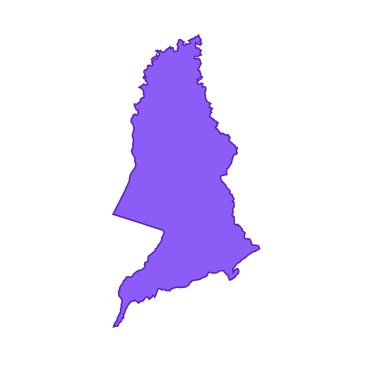 the district of Sengés, Paraná, Brazil, rotated 17°
{"feature_id": "56859067B25271231685187", "entity_name": "Sengés", "entity_type": "district", "adm_level": 2, "iso_a3": "BRA", "parent_name": "Brazil", "parent_adm1": "Paraná", "projection": "robinson", "projection_center": [-49.46, -24.265], "detail": "fine", "context": "isolated", "style": "filled", "palette": "violet", "viewbox_px": 384, "rotation_deg": 17, "n_neighbors": 0, "source": "geoboundaries", "source_scale": "gbopen_adm2", "svg_char_len": 5964}
<svg xmlns="http://www.w3.org/2000/svg" viewBox="0 0 384 384"><g transform="rotate(17 192 192)"><path d="M253.8,252.8L255.2,249.6L255.6,248.0L258.8,244.1L259.4,242.2L261.7,239.9L262.7,238.2L264.8,234.9L266.0,233.8L267.5,231.6L268.9,230.6L270.1,230.1L271.0,228.5L272.0,227.9L273.2,226.4L271.6,224.3L270.1,223.9L269.0,224.3L265.7,224.9L264.5,224.7L262.7,221.8L262.0,220.8L260.0,220.1L258.4,220.9L256.6,220.9L255.1,220.0L254.9,218.7L254.7,215.6L253.5,215.0L251.8,214.5L250.6,212.6L248.7,211.5L247.6,210.5L246.3,210.7L245.6,209.6L244.2,210.0L243.4,211.0L242.3,210.4L241.2,208.6L240.6,206.5L239.8,205.6L240.0,204.1L239.0,203.0L237.6,203.0L236.9,201.7L237.4,200.3L236.9,198.4L235.7,196.4L236.4,194.6L236.6,193.3L235.6,191.5L235.1,189.4L233.4,189.4L233.9,187.8L234.2,186.3L232.8,185.0L231.7,184.1L231.3,182.9L229.9,182.8L228.7,182.7L228.5,180.8L227.7,179.5L225.0,178.3L224.0,177.5L223.0,176.7L222.2,175.6L219.0,173.7L217.1,172.7L216.1,171.7L215.1,169.9L214.9,168.1L216.3,167.2L220.3,165.1L219.4,163.3L218.8,161.7L218.7,160.0L219.8,158.2L221.2,152.6L221.0,150.2L221.0,147.7L221.0,144.9L221.7,143.6L223.3,142.9L223.8,141.5L222.3,139.6L222.5,137.5L222.1,136.2L220.7,136.9L220.0,135.6L218.3,134.5L217.1,134.2L216.2,133.7L214.9,133.4L212.7,132.0L211.7,130.0L212.6,128.9L211.3,128.0L209.9,126.7L207.3,127.8L204.6,126.8L203.2,127.2L202.7,128.4L201.4,126.9L198.5,125.1L197.4,124.2L195.3,123.5L196.8,121.2L195.7,119.4L196.8,118.5L194.6,117.3L192.7,117.4L191.6,116.1L190.5,116.3L188.9,115.2L187.3,115.0L186.7,114.0L186.8,111.5L187.5,110.2L186.1,109.4L186.5,108.1L187.1,106.2L185.5,105.9L183.9,105.9L183.5,103.9L184.0,101.8L181.8,101.6L179.5,100.7L178.4,99.4L176.9,97.3L176.5,95.4L175.3,93.5L175.3,92.1L175.4,90.4L174.8,88.4L173.7,87.7L172.2,87.7L171.0,88.4L170.4,86.9L170.7,85.3L169.0,85.1L168.1,86.7L166.8,86.8L165.7,86.6L164.8,84.9L166.0,83.4L164.1,82.8L165.3,81.8L167.2,81.6L168.1,80.3L168.1,78.9L166.2,78.8L166.1,76.6L164.8,75.6L163.9,73.7L162.1,73.8L162.4,71.0L162.6,69.0L163.1,66.3L161.8,64.6L160.8,63.1L159.4,62.3L158.1,62.4L157.0,64.0L154.9,63.4L155.5,62.0L156.0,60.9L157.3,60.8L158.7,59.8L160.8,58.1L159.4,57.4L159.0,56.3L159.5,53.8L157.4,53.6L156.2,52.4L153.4,53.1L152.4,50.0L152.0,48.3L153.8,48.7L156.1,49.2L157.3,48.8L157.7,46.8L155.5,45.8L156.4,44.1L154.4,42.5L153.2,41.2L152.4,40.1L151.1,42.3L149.6,42.8L149.4,44.9L147.4,45.0L146.7,46.2L144.4,48.3L145.8,48.9L146.7,49.9L145.9,51.6L144.1,51.8L142.6,52.3L142.5,54.0L140.2,53.9L140.5,52.1L140.4,50.6L139.2,50.9L138.0,50.1L136.2,49.6L134.7,50.7L135.3,52.2L134.6,54.4L134.9,55.7L136.5,57.2L136.0,58.9L137.2,60.4L136.1,61.9L133.8,62.8L132.3,61.2L131.8,59.7L130.7,59.7L129.5,61.1L128.8,59.5L127.6,61.1L126.0,63.1L125.0,65.3L124.4,66.5L123.4,66.9L121.7,66.6L120.5,65.8L119.0,67.1L117.3,66.6L116.2,67.7L117.6,68.0L119.2,68.9L120.6,69.6L120.7,70.8L119.3,72.8L120.0,74.1L119.7,75.3L118.2,75.8L117.4,74.6L116.3,74.0L115.0,75.4L114.6,77.6L116.9,78.4L115.5,79.8L117.3,81.3L116.7,83.1L114.3,83.2L112.6,84.1L113.1,85.5L113.3,87.7L111.5,88.9L110.8,90.0L111.0,91.4L112.5,93.6L114.4,95.3L112.9,95.5L111.8,96.1L112.5,97.4L114.1,97.1L115.0,99.3L116.9,100.1L117.8,101.1L117.6,102.5L116.5,103.4L114.3,102.8L113.2,104.6L110.8,107.4L111.9,107.6L113.3,107.4L114.7,108.6L115.6,109.2L116.5,110.1L116.8,112.3L118.3,114.1L117.9,116.2L116.6,116.6L115.6,118.1L115.8,119.7L116.1,121.4L114.7,122.3L113.5,124.4L111.3,124.7L111.6,126.4L112.8,127.2L113.7,128.7L114.7,129.6L116.3,129.6L117.6,133.1L116.8,134.7L115.0,134.1L113.1,135.8L113.5,137.3L113.0,138.6L112.6,140.1L112.9,141.7L113.7,143.3L114.9,143.8L116.0,144.6L116.6,145.9L118.0,148.1L118.2,151.3L118.5,152.8L118.2,154.8L119.3,157.3L120.4,157.9L120.9,160.0L121.5,162.1L121.2,163.3L122.0,165.0L122.7,167.5L122.1,169.0L122.0,170.2L123.2,171.9L124.0,172.8L124.9,173.9L126.5,175.1L127.4,176.1L128.4,179.4L129.5,180.9L130.7,183.3L129.8,187.4L129.0,189.1L128.6,190.8L128.1,192.9L128.1,195.9L128.5,197.7L128.8,200.2L127.3,211.8L123.0,236.4L146.3,236.6L147.4,236.6L175.6,237.1L176.7,238.4L177.4,240.3L176.8,242.7L176.5,245.0L176.9,246.5L177.0,247.8L176.5,249.7L176.0,251.2L175.2,252.7L175.2,254.1L174.9,255.6L173.7,257.0L173.9,259.0L173.3,260.2L172.5,261.2L171.8,262.3L170.6,264.3L169.1,266.1L169.5,268.8L170.1,270.8L169.5,272.2L167.9,272.7L167.6,275.1L168.7,275.9L168.7,277.9L167.8,279.4L166.7,280.9L165.5,282.0L164.4,282.4L162.8,283.7L161.7,285.3L160.7,286.7L160.0,288.2L159.6,290.1L157.8,291.5L156.3,291.7L154.6,292.2L153.9,293.9L153.7,295.3L152.6,296.5L152.6,298.5L152.3,300.2L151.6,301.3L151.1,303.6L150.9,305.5L151.5,307.1L150.8,308.1L151.3,310.1L152.5,312.6L154.1,313.7L156.0,314.9L157.4,317.3L157.2,319.5L157.6,321.8L158.4,323.1L157.9,324.7L158.7,326.7L158.5,328.3L158.3,330.5L157.5,333.7L157.8,335.4L157.6,337.0L156.7,339.4L156.5,340.9L156.3,342.4L156.4,343.9L158.0,342.6L159.6,342.3L160.4,341.1L160.5,339.7L160.7,337.8L161.8,337.2L162.2,335.4L162.2,333.6L163.4,332.6L163.1,331.1L162.3,329.5L163.0,327.7L162.8,325.1L163.8,319.6L164.4,317.5L165.3,315.7L165.8,314.4L167.7,313.7L168.8,312.1L170.4,312.8L171.7,312.9L173.3,313.9L174.5,312.0L175.9,311.1L177.2,310.2L178.1,307.2L178.8,306.0L181.0,305.5L182.1,307.1L183.1,306.3L184.5,304.0L184.7,302.4L186.1,302.6L187.0,303.5L187.6,301.0L187.5,298.5L187.8,295.8L188.0,294.4L190.1,293.7L191.4,294.5L194.3,293.1L195.4,293.9L197.4,293.4L199.8,292.9L199.9,291.5L201.2,290.6L202.8,288.8L204.4,288.3L205.5,287.4L206.7,287.0L208.3,287.0L211.0,285.5L212.2,285.5L213.0,284.7L214.1,284.4L215.2,282.8L216.1,282.0L216.7,279.6L218.3,276.6L221.4,275.0L223.1,274.4L225.3,273.0L226.3,271.8L230.4,268.3L231.0,267.2L230.9,265.6L231.5,264.0L232.9,263.5L234.7,263.5L236.2,263.3L237.9,262.7L239.0,262.1L240.7,260.5L241.7,259.2L243.6,258.5L245.2,258.1L246.2,259.0L250.1,261.2L251.1,261.8L251.7,262.8L252.7,264.1L253.6,265.2L255.2,264.4L256.2,262.9L258.3,260.4L258.4,259.1L259.6,257.2L260.1,255.2L259.5,253.0L257.8,251.9L255.7,253.8L254.7,256.8L253.6,254.5L253.8,252.8ZM119.3,72.8L118.0,71.1L117.8,73.3L119.3,72.8Z" fill="#8b5cf6" stroke="#5b21b6" stroke-width="1.5"/></g></svg>